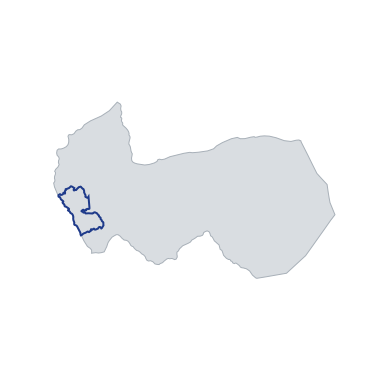 Alto Paraná highlighted on a map of Paraguay, rotated 140°
{"feature_id": "PRY-616", "entity_name": "Alto Paraná", "entity_type": "Department", "adm_level": 1, "iso_a3": "PRY", "parent_name": "Paraguay", "parent_adm1": "", "projection": "orthographic", "projection_center": [-55.001, -25.353], "detail": "fine", "context": "in_parent", "style": "outline", "palette": "blue", "viewbox_px": 384, "rotation_deg": 140, "n_neighbors": 0, "source": "natural_earth", "source_scale": "10m", "svg_char_len": 7231}
<svg xmlns="http://www.w3.org/2000/svg" viewBox="0 0 384 384"><g transform="rotate(140 192 192)"><path d="M198.6,94.5L199.2,96.6L199.7,98.3L200.6,99.5L201.6,101.0L202.5,101.9L203.2,103.4L203.0,105.1L203.4,107.2L203.9,109.1L204.4,109.6L205.7,110.0L206.4,111.7L206.0,112.6L206.2,113.6L206.7,114.5L206.3,115.5L206.5,116.2L207.4,116.8L208.3,119.2L208.5,123.2L207.6,125.4L206.9,127.2L206.7,128.3L207.3,129.9L206.4,131.8L205.3,134.1L205.6,135.7L205.8,137.1L206.0,138.7L206.3,140.2L205.9,141.8L205.6,143.2L205.4,144.8L205.9,146.5L205.1,148.2L204.7,149.4L204.5,150.6L205.4,152.5L207.5,153.2L209.2,153.4L210.7,152.4L211.9,152.1L214.1,152.9L216.2,154.5L218.8,154.6L221.1,154.9L222.8,155.3L225.4,154.7L228.0,155.2L231.2,156.1L233.7,156.8L236.3,156.6L238.2,156.5L240.2,155.6L242.2,155.6L243.6,154.0L244.4,152.6L245.2,151.6L247.3,150.8L248.7,151.3L250.0,153.9L252.1,155.3L252.9,156.4L254.5,156.9L257.9,157.0L260.0,156.8L262.4,157.6L263.9,157.6L265.3,159.0L266.6,160.7L266.8,163.7L268.0,166.1L269.6,167.0L270.4,168.5L270.1,170.6L269.4,172.6L269.5,174.9L270.3,177.0L270.4,179.1L270.9,181.2L272.0,182.9L272.4,185.8L272.2,187.9L272.9,189.1L273.2,190.8L272.8,192.1L272.6,194.0L272.7,195.7L273.3,197.1L274.9,198.9L275.4,202.0L275.4,204.2L276.1,206.8L277.5,208.0L279.6,208.4L282.2,208.8L285.3,208.2L288.0,207.5L289.5,206.8L292.5,204.9L295.1,203.8L296.5,203.1L297.8,202.6L300.4,203.8L302.8,205.3L304.7,207.4L308.3,209.7L307.6,210.3L306.2,212.1L306.2,214.3L307.1,217.5L306.2,224.1L303.5,234.3L302.3,240.2L302.8,241.9L301.8,244.9L298.0,251.2L297.9,255.5L297.4,268.4L296.2,277.5L294.1,284.2L292.2,287.8L290.5,288.2L289.3,289.3L288.5,291.0L287.1,292.4L285.1,293.5L284.0,294.8L283.9,296.1L281.9,297.0L278.3,297.4L276.1,298.5L275.5,300.3L274.2,301.7L272.4,302.7L271.6,304.5L271.7,306.9L270.6,308.9L268.5,310.7L266.5,310.7L264.6,309.1L262.1,308.1L259.1,307.5L256.5,308.0L254.4,309.4L252.6,311.5L251.1,314.5L249.3,315.0L247.3,313.1L244.8,312.5L241.9,313.3L239.5,313.1L237.7,311.8L235.0,311.7L231.3,312.7L223.9,311.7L212.6,308.5L203.1,307.4L191.5,308.9L190.4,305.4L191.0,303.5L192.8,302.0L194.0,300.3L194.4,298.5L195.7,297.0L197.8,296.0L198.7,295.0L198.3,294.1L198.7,293.2L199.9,292.4L200.6,291.2L200.7,289.6L201.2,288.8L202.0,288.1L202.0,287.0L201.5,283.5L201.5,280.7L202.0,278.5L202.7,277.1L203.2,276.8L203.7,275.9L203.8,274.6L204.6,273.3L208.2,270.7L209.6,269.3L209.7,268.0L210.2,266.3L212.4,262.5L213.0,260.8L213.1,259.9L213.9,259.0L216.5,256.9L217.9,254.9L218.1,253.1L217.4,251.1L215.9,248.8L210.9,243.1L207.1,240.6L202.3,238.5L199.1,237.9L197.6,238.7L196.0,238.2L194.4,236.2L191.8,234.8L186.2,233.2L173.4,226.9L168.2,223.8L166.5,221.9L161.6,218.4L153.7,213.5L147.7,211.2L143.5,211.5L136.9,210.3L127.6,207.5L122.2,204.7L120.7,201.7L117.2,198.9L111.7,196.2L108.8,194.4L108.6,193.4L106.9,192.3L103.9,190.9L100.5,188.5L96.8,185.0L92.7,179.5L88.3,172.0L83.7,167.1L78.9,164.7L76.5,163.0L76.5,162.2L75.7,161.4L76.3,159.9L77.7,153.9L79.7,145.3L81.9,136.4L84.4,125.9L84.1,118.6L83.7,110.9L87.8,104.3L90.6,99.6L93.1,95.2L95.5,87.7L97.1,82.7L103.9,81.2L115.5,78.1L121.3,76.6L133.5,73.4L145.9,70.2L159.1,69.6L171.8,69.0L181.8,74.8L189.4,79.2L197.8,84.2L198.4,85.2L199.1,89.5L198.6,94.5Z" fill="#d9dde1" stroke="#a8b0b8" stroke-width="1"/><path d="M298.3,255.5L298.3,256.0L298.7,257.0L298.8,257.6L298.3,257.9L297.4,257.8L297.1,258.1L297.1,258.9L297.6,260.4L297.7,261.0L297.8,261.4L298.4,262.2L298.6,262.6L298.6,263.2L298.3,263.8L298.0,264.2L297.9,264.7L298.1,266.1L298.1,266.6L297.9,267.1L297.6,267.2L297.0,267.2L296.8,267.3L296.6,267.6L296.6,267.9L296.7,268.2L296.8,269.2L297.1,270.1L297.1,270.8L296.5,272.7L296.6,273.2L297.1,273.8L297.2,274.1L297.1,274.5L296.7,274.9L296.5,275.3L296.4,275.4L294.9,275.3L294.6,275.2L294.4,275.0L294.4,274.8L294.4,274.6L294.4,274.4L294.4,274.1L294.2,273.9L293.6,273.6L293.2,273.4L292.7,273.3L292.3,273.3L292.0,273.4L291.8,273.5L291.4,273.8L291.1,274.0L290.9,274.0L290.7,273.9L290.5,273.7L290.4,273.6L290.4,273.4L290.5,272.9L290.5,272.6L290.4,272.5L290.1,272.6L289.8,272.9L289.6,273.2L289.2,273.9L289.1,274.0L288.9,274.2L288.8,274.3L288.6,274.4L288.2,274.5L287.3,274.6L287.2,274.8L287.0,275.1L286.9,275.2L286.9,275.3L286.6,275.3L286.4,275.2L286.0,274.9L285.7,274.7L284.8,274.5L284.1,274.2L283.9,274.1L283.7,274.1L283.1,274.1L281.1,274.2L280.6,273.6L279.6,270.7L281.1,269.9L281.3,269.7L281.4,269.4L281.4,269.1L281.2,268.9L280.8,268.8L280.3,268.7L280.1,268.6L279.9,268.5L279.8,268.4L279.7,268.2L279.4,268.0L278.4,268.2L277.9,268.3L277.2,268.4L276.5,268.3L276.3,268.4L275.9,268.5L275.7,268.5L275.5,268.4L275.2,268.2L274.0,267.8L273.9,267.7L273.7,267.1L273.8,266.3L273.8,266.0L273.6,265.4L273.6,265.1L273.7,264.8L273.6,264.5L273.4,264.3L273.3,264.1L273.3,263.8L273.5,263.2L274.0,262.0L274.1,261.9L274.6,261.4L274.8,261.2L274.9,260.9L275.3,259.6L275.4,259.2L275.5,258.5L275.6,258.1L275.8,257.8L276.5,257.2L276.7,256.9L276.7,256.7L276.6,256.3L276.2,255.8L276.1,255.6L276.1,255.3L276.1,255.1L276.0,254.9L275.9,254.8L275.5,254.7L275.2,254.6L274.3,254.9L280.5,246.1L281.3,245.2L281.7,245.2L282.2,245.5L282.9,246.2L283.1,246.4L283.8,246.6L284.1,246.7L284.4,246.7L284.4,246.4L284.3,245.8L284.2,245.5L284.4,245.7L284.7,246.1L284.8,246.3L285.1,246.4L285.3,246.5L285.7,246.6L286.1,246.8L286.3,247.0L286.4,247.4L286.5,247.8L286.8,248.4L287.5,248.5L288.3,248.5L288.9,248.4L288.9,248.0L288.8,247.8L288.8,247.7L288.7,247.5L288.5,247.3L288.5,247.2L288.4,247.0L288.4,246.9L288.4,246.7L288.4,246.1L288.3,245.9L288.2,245.8L287.5,245.5L287.3,245.4L287.2,245.3L287.2,245.2L287.1,244.9L287.3,244.3L287.3,244.2L287.2,243.9L284.8,242.1L282.6,240.0L282.5,239.8L282.4,239.7L282.2,239.6L281.9,239.7L281.7,239.6L281.5,239.4L281.4,239.3L281.2,239.2L280.6,239.3L280.4,239.3L280.2,239.3L280.0,239.2L279.9,239.2L279.6,239.0L279.4,238.8L279.4,238.7L279.2,238.2L278.9,237.7L278.6,237.2L278.5,236.7L278.6,236.4L278.6,236.1L278.6,235.8L278.5,235.6L278.5,235.4L278.6,235.0L278.6,234.8L278.5,234.6L278.4,234.3L278.4,234.1L278.4,233.8L278.6,233.6L278.9,233.1L278.9,232.8L278.9,232.6L278.7,231.9L278.6,231.3L278.6,231.0L278.7,230.8L278.9,230.7L279.1,230.5L279.3,230.1L279.4,229.8L279.3,228.5L279.4,228.2L279.7,227.7L279.7,227.2L279.5,226.5L279.5,226.1L279.5,225.8L279.6,225.5L279.8,225.3L280.6,224.3L281.3,223.3L284.3,222.3L284.9,222.4L284.8,223.5L284.8,223.9L284.9,224.2L285.3,224.6L285.7,224.8L286.1,224.8L286.4,224.8L287.1,224.5L287.5,224.4L289.8,225.1L290.3,225.4L290.6,225.7L290.7,226.0L290.6,226.4L290.6,226.5L290.6,226.8L290.8,227.0L291.0,227.1L292.2,227.2L292.6,227.2L292.8,227.3L292.9,227.6L292.9,227.8L292.9,228.0L293.1,228.2L293.2,228.3L293.4,228.3L293.5,228.2L293.8,228.0L293.9,227.8L294.1,227.6L294.2,227.4L294.4,227.3L294.7,227.3L295.0,227.3L295.3,227.5L295.5,227.6L295.9,227.6L296.3,227.4L296.5,227.4L296.7,227.5L296.8,227.6L297.1,228.3L297.2,228.6L297.4,228.8L297.7,228.9L299.8,229.2L300.5,229.5L301.3,229.8L301.9,229.9L302.6,230.0L303.3,229.9L304.0,229.9L304.3,229.9L305.0,230.2L304.6,231.3L303.8,232.4L303.6,232.9L302.4,238.3L302.1,239.4L302.1,239.9L302.1,240.4L302.3,241.0L303.0,242.2L303.1,242.7L302.8,243.3L301.9,244.1L301.6,244.7L301.0,246.6L300.3,247.7L299.8,248.3L299.0,249.1L298.4,250.2L298.1,251.2L298.0,251.6L298.0,252.2L298.1,252.9L298.4,253.4L298.6,254.0L298.5,254.7L298.3,255.4L298.3,255.5Z" fill="none" stroke="#1e3a8a" stroke-width="2"/></g></svg>